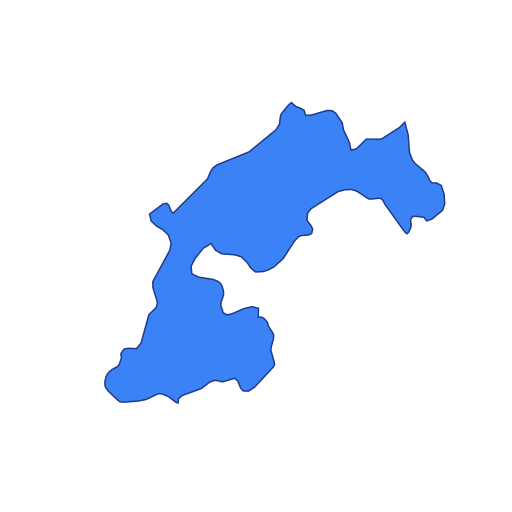 Sondrio, Natural Earth projection, rotated 147°
{"feature_id": "ITA-5444", "entity_name": "Sondrio", "entity_type": "Province", "adm_level": 1, "iso_a3": "ITA", "parent_name": "Italy", "parent_adm1": "", "projection": "natural_earth1", "projection_center": [9.94, 46.319], "detail": "fine", "context": "isolated", "style": "filled", "palette": "blue", "viewbox_px": 512, "rotation_deg": 147, "n_neighbors": 0, "source": "natural_earth", "source_scale": "10m", "svg_char_len": 2382}
<svg xmlns="http://www.w3.org/2000/svg" viewBox="0 0 512 512"><g transform="rotate(147 256 256)"><path d="M58.3,287.2L62.5,274.5L70.8,259.4L72.5,251.6L72.2,247.0L68.4,234.5L68.4,229.4L69.2,224.9L68.6,221.3L64.9,219.1L62.2,214.3L64.5,205.6L69.3,197.0L74.7,192.7L88.3,191.2L93.8,192.5L94.0,196.9L101.1,202.9L103.2,203.7L106.3,202.6L107.6,200.5L108.6,198.0L110.5,195.7L115.0,192.8L117.2,192.4L118.1,194.6L119.7,228.6L119.3,234.0L119.8,236.0L121.9,237.8L128.0,240.8L130.5,242.6L136.1,255.4L139.6,259.7L145.5,263.2L152.0,265.3L184.0,265.7L189.3,263.8L193.6,258.6L193.7,255.8L193.3,251.8L193.8,247.7L196.9,244.7L199.9,244.8L206.7,248.4L210.3,249.0L216.1,247.4L234.7,239.0L246.9,237.1L252.3,237.5L258.0,238.8L265.0,242.8L266.9,248.6L267.0,255.7L268.8,263.4L272.9,268.3L283.9,276.9L286.8,283.0L287.0,291.0L296.3,291.2L308.1,287.2L315.9,282.9L319.5,276.1L315.9,269.8L304.4,259.4L301.8,255.5L300.7,252.5L300.9,249.2L302.3,244.4L304.4,241.0L310.3,236.4L312.3,234.0L314.4,226.2L312.3,222.3L307.5,220.6L295.0,218.5L286.8,215.6L282.4,210.8L287.4,203.5L284.9,202.0L283.6,200.0L282.9,197.5L282.6,194.2L283.8,190.4L283.8,182.6L284.2,180.1L286.6,176.9L292.6,171.6L294.9,168.9L298.4,157.4L299.6,154.7L302.2,153.4L328.7,146.8L335.8,146.7L340.3,149.9L340.8,153.9L339.3,161.2L340.6,165.1L352.1,168.5L354.3,170.2L355.7,172.0L357.5,173.6L360.6,174.9L364.2,175.4L373.9,174.6L393.9,179.2L399.0,178.4L401.2,175.2L402.8,176.6L405.7,185.1L407.0,187.3L409.7,191.2L411.4,192.7L413.0,193.7L426.2,195.5L434.0,198.6L447.3,205.9L449.5,207.9L450.4,210.3L451.1,213.0L453.5,223.3L453.7,227.6L453.3,229.1L452.7,230.5L451.7,232.1L450.8,233.3L448.0,236.0L446.0,237.4L444.8,238.0L442.2,238.8L439.0,239.2L432.5,238.8L431.0,239.1L429.3,239.9L424.4,243.8L422.6,247.6L417.5,249.8L413.6,248.3L406.7,243.4L399.7,245.7L377.7,265.2L367.5,267.2L363.9,270.8L359.7,285.6L356.5,290.7L325.0,307.9L320.1,313.0L318.1,321.4L319.8,328.6L323.1,335.4L324.9,342.2L322.5,349.1L305.8,350.3L302.3,349.0L301.5,346.2L302.7,340.1L302.2,337.0L254.7,347.1L247.7,351.8L243.9,353.4L239.2,353.7L205.0,347.1L170.4,351.0L164.3,353.9L159.6,359.7L157.3,361.5L145.8,365.1L142.7,365.3L141.2,359.8L138.2,355.7L136.3,351.9L137.8,347.0L133.3,344.2L117.0,339.3L112.9,336.3L111.3,332.2L111.2,320.7L113.9,314.2L114.1,312.5L115.9,300.1L118.7,293.1L113.3,291.2L99.9,294.0L87.4,285.8L65.9,285.6L58.3,287.2Z" fill="#3b82f6" stroke="#1e3a8a" stroke-width="1.5"/></g></svg>